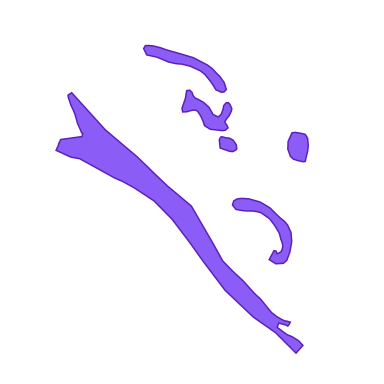 Al-Manasra, Egypt (Natural Earth projection), rotated 193°
{"feature_id": "37247803B61040397145628", "entity_name": "Al-Manasra", "entity_type": "district", "adm_level": 2, "iso_a3": "EGY", "parent_name": "Egypt", "parent_adm1": "", "projection": "natural_earth1", "projection_center": [32.161, 31.286], "detail": "fine", "context": "isolated", "style": "filled", "palette": "violet", "viewbox_px": 384, "rotation_deg": 193, "n_neighbors": 0, "source": "geoboundaries", "source_scale": "gbopen_adm2", "svg_char_len": 2716}
<svg xmlns="http://www.w3.org/2000/svg" viewBox="0 0 384 384"><g transform="rotate(193 192 192)"><path d="M329.7,249.6L326.4,245.5L325.5,244.2L323.5,241.4L320.9,236.7L319.5,234.1L318.8,232.8L317.5,231.2L314.6,227.3L312.7,224.7L311.6,224.2L311.6,221.3L331.8,213.6L331.9,213.1L332.1,212.0L332.8,209.0L332.8,208.8L332.8,208.7L332.7,208.6L332.7,208.4L332.6,208.2L333.0,206.3L333.8,202.0L317.7,198.7L309.0,199.2L270.0,188.1L262.6,186.8L250.0,183.3L227.0,174.8L205.2,160.9L183.0,142.4L165.1,126.6L137.6,103.6L104.1,83.9L78.9,73.7L54.4,58.4L49.4,67.5L54.4,70.9L61.7,73.5L67.6,74.5L78.6,79.3L77.9,83.9L75.1,83.7L70.5,83.5L68.5,82.9L67.5,85.0L67.0,87.3L70.3,87.5L73.0,87.3L77.1,88.3L82.0,89.9L87.5,92.5L101.4,103.3L106.7,106.2L112.4,110.0L117.0,113.3L122.3,117.0L134.4,123.9L146.5,131.7L159.0,145.6L189.5,178.2L217.2,192.3L233.8,202.1L242.6,207.5L253.5,214.0L290.5,233.1L331.6,261.7L333.5,259.6L334.6,258.4L334.4,257.9L333.8,256.7L333.7,256.5L333.7,256.1L332.6,254.4L329.8,250.0L329.7,249.8L329.7,249.7L329.7,249.6ZM101.6,143.5L94.1,140.9L86.9,143.1L84.3,146.6L83.1,155.3L83.7,166.1L86.4,174.8L91.5,181.4L95.3,184.2L100.4,186.7L105.2,189.5L112.0,193.8L117.1,195.6L123.7,197.6L135.1,198.1L139.7,197.4L143.4,196.6L146.6,195.3L149.4,192.6L149.6,188.4L145.2,184.9L139.1,185.2L134.0,185.9L128.2,187.2L123.6,187.5L120.0,187.3L110.2,183.3L103.8,177.9L97.6,171.4L94.8,166.0L92.8,163.1L91.3,159.6L91.3,156.5L91.7,154.0L93.4,152.3L95.3,150.9L96.7,153.3L98.9,153.3L101.6,143.5ZM222.3,314.2L216.8,313.1L211.0,311.9L206.0,309.5L199.4,304.4L195.1,300.5L191.8,297.0L186.1,295.8L183.3,296.6L181.6,299.6L185.2,305.8L190.9,310.9L194.9,313.3L199.7,316.6L205.5,319.2L221.0,323.2L237.0,324.2L248.7,324.7L255.2,325.5L262.7,325.6L266.6,325.1L270.3,324.2L271.4,320.9L267.0,315.4L256.6,315.5L250.3,314.5L244.4,313.4L236.9,313.4L230.6,314.3L222.3,314.2ZM200.7,268.1L197.3,263.7L194.7,259.4L188.1,257.2L181.1,258.1L176.3,258.6L173.4,259.7L171.3,262.6L173.1,265.0L175.9,267.5L174.4,271.9L173.0,274.6L171.9,279.4L171.9,282.1L174.8,286.0L176.6,287.2L178.8,286.6L180.5,283.4L180.4,279.1L181.0,274.3L183.4,271.0L188.9,272.3L194.4,278.3L200.8,281.9L207.0,283.7L210.3,284.3L212.9,286.6L214.3,289.0L217.1,290.7L220.0,289.6L219.5,281.7L220.6,271.4L219.1,267.9L215.3,268.9L211.9,270.8L209.1,272.1L206.6,272.5L204.7,271.9L200.7,268.1ZM104.8,273.3L107.9,272.2L109.7,262.9L108.3,255.4L104.1,248.8L100.6,246.8L95.5,246.4L90.3,246.5L88.5,247.3L88.6,249.6L88.5,258.3L89.2,263.5L91.4,270.3L94.5,273.6L98.9,273.7L104.8,273.3ZM176.2,252.2L177.2,249.1L176.4,246.8L174.5,241.2L164.6,240.1L161.4,240.5L158.8,242.6L158.1,244.3L159.5,248.0L161.7,250.1L163.9,251.9L167.9,252.9L170.9,252.4L174.4,252.6L176.2,252.2Z" fill="#8b5cf6" stroke="#5b21b6" stroke-width="1.5"/></g></svg>